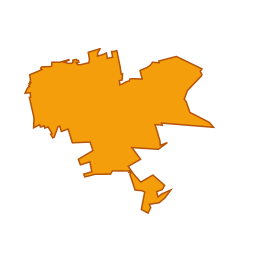 San Pedro, Coahuila, Mexico, rotated 71°
{"feature_id": "50627088B25714720769629", "entity_name": "San Pedro", "entity_type": "district", "adm_level": 2, "iso_a3": "MEX", "parent_name": "Mexico", "parent_adm1": "Coahuila", "projection": "equal_earth", "projection_center": [-102.858, 26.125], "detail": "fine", "context": "isolated", "style": "filled", "palette": "amber", "viewbox_px": 256, "rotation_deg": 71, "n_neighbors": 0, "source": "geoboundaries", "source_scale": "gbopen_adm2", "svg_char_len": 4429}
<svg xmlns="http://www.w3.org/2000/svg" viewBox="0 0 256 256"><g transform="rotate(71 128 128)"><path d="M85.5,213.3L88.1,213.7L97.1,217.2L96.1,210.5L98.6,210.5L98.7,208.6L98.7,206.5L101.0,206.7L101.0,203.2L104.3,202.5L108.5,201.7L108.7,203.2L109.6,203.0L112.9,202.3L112.7,200.9L104.0,193.7L104.0,191.9L109.6,192.2L109.5,184.9L109.8,184.9L110.0,184.9L110.1,185.0L110.3,185.0L110.6,185.0L110.9,185.0L111.0,185.0L111.4,185.0L111.5,185.0L111.8,185.0L112.0,185.0L112.3,185.0L112.6,185.0L112.8,185.0L113.1,185.1L113.4,185.1L113.5,185.1L113.9,185.1L114.0,185.1L114.3,185.1L114.5,185.1L114.8,185.1L115.1,185.1L115.4,185.1L115.5,185.1L115.9,185.2L116.0,185.2L116.3,185.2L116.5,185.2L116.8,185.2L117.1,185.2L117.4,185.2L117.5,185.2L117.9,185.2L118.0,185.2L118.3,185.2L118.5,185.2L118.8,185.3L119.1,185.3L119.3,185.3L119.6,185.3L119.9,185.3L120.0,185.3L120.3,185.3L120.5,185.3L120.8,185.3L121.0,185.3L121.3,185.3L121.6,185.4L121.9,185.4L122.0,185.4L122.3,185.4L122.5,185.4L122.8,185.4L123.0,185.4L123.3,185.4L123.6,185.4L123.9,185.4L127.4,173.6L128.9,168.5L128.9,168.4L137.9,168.5L141.4,185.1L145.0,185.1L147.4,185.0L147.6,175.0L149.3,175.3L157.6,176.5L157.4,180.6L157.4,180.9L157.2,184.9L160.1,184.8L160.5,181.1L161.0,174.4L161.4,173.0L162.2,170.8L162.9,168.5L163.6,166.5L164.2,164.7L164.7,163.2L165.3,161.4L165.9,159.5L163.5,156.8L166.1,149.1L169.3,140.0L169.6,140.0L170.0,139.9L169.9,140.6L170.3,141.6L170.6,141.3L170.9,140.9L171.0,140.5L171.3,140.2L171.5,140.4L171.9,140.4L172.1,140.7L172.5,141.3L189.0,141.5L191.9,135.1L193.9,133.0L209.4,141.9L215.0,136.8L210.7,132.5L207.1,132.7L208.8,122.9L206.2,116.0L200.5,107.6L201.4,117.7L203.0,122.2L197.5,121.6L197.4,115.8L194.2,112.0L180.6,119.8L181.1,122.3L183.3,133.6L173.7,137.6L169.7,138.8L164.3,140.3L161.7,126.3L161.0,126.5L159.4,127.0L147.8,130.7L156.5,109.8L158.0,106.3L154.6,95.5L154.9,102.1L154.9,102.4L154.9,103.2L150.8,102.0L148.3,101.9L145.8,101.8L142.1,101.6L134.2,101.3L133.6,101.4L134.4,99.5L135.1,97.5L136.6,94.7L134.3,94.7L137.8,86.6L155.2,46.9L152.4,48.0L149.3,49.2L133.8,64.0L133.6,64.4L132.1,64.4L122.1,64.4L119.2,65.5L115.4,62.5L111.9,59.6L108.3,52.6L102.7,41.7L101.5,40.7L97.8,41.2L96.2,38.8L76.1,59.0L74.7,77.0L76.4,77.3L73.8,83.5L75.8,86.1L76.9,89.8L77.0,90.4L77.5,97.9L86.3,98.7L82.9,107.4L82.3,110.1L83.9,111.7L83.7,114.3L84.5,118.7L84.5,121.7L80.4,120.8L80.7,117.9L75.0,115.5L74.9,116.8L71.8,116.3L68.6,115.7L67.5,115.5L56.6,114.1L55.3,113.9L51.2,113.4L51.0,116.5L50.3,118.6L56.1,119.5L55.5,124.9L50.0,124.0L50.3,126.9L50.4,129.1L50.0,133.5L48.3,132.6L47.5,132.5L44.0,128.6L43.9,128.8L43.7,135.3L43.5,141.0L45.0,141.2L48.5,141.8L48.8,141.8L49.6,141.9L50.6,142.2L53.6,143.7L53.5,144.3L53.4,144.9L53.2,147.5L53.1,148.1L53.0,149.1L53.0,149.3L52.8,151.1L52.8,151.6L52.7,151.8L52.6,153.0L51.6,154.7L51.5,154.9L51.4,155.0L51.2,155.1L49.4,155.7L49.8,155.0L49.9,154.9L49.8,154.2L49.7,153.8L49.8,153.0L49.6,153.0L48.8,153.0L48.3,152.9L47.9,152.9L47.4,154.6L46.4,154.5L46.0,155.9L46.0,156.4L46.0,156.7L46.0,157.0L45.9,157.3L45.9,157.7L46.0,158.1L46.8,158.4L47.0,158.3L46.9,158.2L47.0,158.2L47.3,158.1L48.0,158.6L48.0,159.0L48.5,159.7L48.5,159.9L48.5,160.1L47.8,162.3L47.5,163.3L47.4,163.5L47.0,164.2L46.9,164.5L46.7,164.8L46.2,165.0L45.9,165.3L45.7,165.7L45.7,165.9L45.6,166.1L45.4,166.3L45.3,166.5L45.2,166.7L45.2,166.8L45.0,167.1L44.9,166.0L44.9,164.7L44.8,164.3L44.8,163.9L44.8,163.6L44.8,163.4L44.8,163.0L44.8,162.8L44.7,162.4L44.7,162.2L44.7,161.7L44.1,161.7L44.1,161.8L44.0,163.1L44.0,163.4L43.9,165.5L43.9,166.0L43.8,167.0L43.8,167.8L43.8,168.1L43.8,168.4L43.7,170.0L43.7,170.9L43.7,171.0L43.1,172.5L42.7,173.6L42.5,174.3L41.9,176.1L41.8,176.4L41.0,178.5L44.9,180.2L44.6,181.2L43.8,184.2L43.4,185.5L43.3,185.9L43.2,186.1L43.1,186.4L42.9,187.1L42.8,187.3L42.8,187.5L42.7,187.7L42.7,187.9L42.6,188.1L42.5,188.5L42.4,188.8L42.3,189.0L42.1,189.7L42.4,190.3L42.5,190.4L42.6,190.5L42.8,190.7L43.0,190.9L43.2,191.0L43.3,191.1L43.6,191.1L44.3,190.4L44.5,190.3L44.8,190.4L44.9,190.7L44.9,192.1L45.2,196.4L45.2,196.7L45.3,197.9L45.4,199.4L45.6,203.6L48.8,204.2L49.9,204.4L51.1,204.7L51.6,205.0L52.0,205.4L52.7,205.5L53.4,206.6L53.6,205.3L55.5,208.0L56.7,207.5L56.7,208.3L57.5,210.0L58.2,210.7L59.8,212.3L61.5,214.0L62.9,208.9L65.8,209.7L66.5,209.8L67.1,210.0L67.1,210.3L66.9,211.3L73.3,212.0L75.5,212.2L76.2,212.3L77.0,212.4L77.8,212.5L78.8,212.6L79.8,212.7L80.0,212.7L81.9,212.9L83.6,213.1L85.4,213.3L85.5,213.3Z" fill="#f59e0b" stroke="#b45309" stroke-width="1.5"/></g></svg>